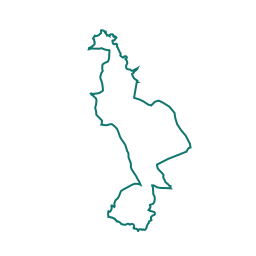 outline of Cap Estate, Gros Islet, Saint Lucia, rotated 248°
{"feature_id": "8701671B23372433445877", "entity_name": "Cap Estate", "entity_type": "district", "adm_level": 2, "iso_a3": "LCA", "parent_name": "Saint Lucia", "parent_adm1": "Gros Islet", "projection": "albers", "projection_center": [-60.931, 14.095], "detail": "fine", "context": "isolated", "style": "outline", "palette": "teal", "viewbox_px": 256, "rotation_deg": 248, "n_neighbors": 0, "source": "geoboundaries", "source_scale": "gbopen_adm2", "svg_char_len": 5759}
<svg xmlns="http://www.w3.org/2000/svg" viewBox="0 0 256 256"><g transform="rotate(248 128 128)"><path d="M86.5,178.7L90.3,179.5L99.4,178.6L105.8,176.5L112.9,175.0L119.9,175.6L124.6,176.8L132.2,174.4L138.1,170.1L141.6,167.1L142.2,165.0L142.2,164.6L142.2,165.4L142.1,163.4L142.0,162.0L141.6,161.3L140.4,158.4L140.6,158.4L140.5,157.8L141.1,156.8L142.0,155.6L147.2,152.0L148.0,151.2L149.0,150.4L149.6,149.9L153.7,145.0L156.3,146.5L165.3,152.1L166.9,153.1L167.3,153.4L167.1,154.0L167.6,153.6L168.4,154.4L170.2,153.1L170.7,152.9L171.6,152.3L172.3,152.1L173.1,152.0L173.9,152.0L174.5,151.8L176.6,152.0L176.8,152.2L176.9,153.4L177.0,153.8L178.0,154.8L178.4,156.6L178.9,157.8L179.5,158.9L179.8,159.2L179.7,158.8L179.8,157.9L179.4,154.3L179.5,153.2L179.6,152.9L180.2,152.5L180.6,152.2L181.2,152.0L181.4,151.8L182.4,150.1L182.9,149.5L183.5,149.0L184.0,148.9L185.0,149.1L186.0,149.3L186.9,150.0L188.1,151.4L188.5,151.6L189.1,151.9L189.6,152.0L191.3,152.0L191.8,152.0L192.5,151.4L192.8,151.5L193.1,152.1L193.4,153.0L193.8,153.3L194.3,153.4L195.0,153.2L195.6,152.3L195.8,151.3L195.6,151.1L195.3,151.0L195.0,150.6L195.3,149.6L195.7,149.3L197.5,148.2L197.9,148.1L198.3,148.1L199.4,148.9L200.3,149.1L200.8,148.7L202.3,148.7L202.7,148.8L204.9,148.5L206.9,148.6L207.3,148.3L207.6,148.2L208.4,148.5L208.8,148.9L209.3,149.1L209.9,149.1L210.2,148.9L210.7,148.5L210.7,148.2L210.7,146.9L211.3,146.0L211.6,145.9L213.1,145.9L214.5,146.1L214.9,146.4L214.9,146.5L214.7,146.9L214.4,148.4L214.5,148.5L214.8,148.6L215.1,149.3L215.8,149.8L215.8,150.6L216.0,151.0L217.0,150.9L217.4,150.6L218.5,149.5L218.4,149.3L217.9,149.1L218.0,148.8L218.5,148.7L219.6,149.1L220.3,149.0L220.5,148.9L220.7,148.6L221.3,147.1L221.2,146.7L220.9,146.1L221.1,145.7L220.9,145.3L220.2,145.2L221.1,144.5L221.6,144.1L221.7,143.9L221.6,143.3L221.6,143.2L222.8,143.2L223.3,142.9L224.1,143.0L225.2,143.4L225.4,143.4L225.3,143.2L225.0,142.7L225.2,142.3L226.2,142.4L226.9,142.2L227.9,141.2L228.7,139.8L228.6,139.6L228.0,139.5L227.6,139.2L226.1,138.5L226.0,138.3L225.7,137.0L225.1,136.0L225.0,134.1L225.0,133.8L225.2,133.2L225.3,132.3L225.4,132.1L226.0,131.9L225.5,131.0L224.9,130.3L224.5,129.8L224.1,129.1L223.5,129.2L222.9,129.6L222.5,129.7L221.8,129.3L220.9,129.4L220.5,129.4L220.0,129.0L219.1,128.9L218.3,128.4L217.8,127.6L217.3,126.1L216.7,123.0L216.9,122.0L216.7,121.8L215.7,121.1L215.3,124.5L214.4,126.0L213.2,128.8L213.0,129.5L212.6,130.1L212.6,130.5L212.3,131.0L212.2,131.8L211.9,133.0L211.8,133.6L211.1,134.1L210.1,135.2L208.7,136.9L208.1,138.0L207.4,138.9L207.2,139.4L207.1,139.8L206.7,139.9L204.4,138.7L200.9,137.1L199.0,136.0L198.4,135.6L197.4,134.6L197.1,134.0L197.1,131.1L196.8,130.1L196.8,129.4L196.6,128.7L196.4,128.4L196.1,127.9L193.0,126.5L191.8,126.1L190.6,126.0L190.2,125.8L188.7,123.6L186.0,121.6L185.8,121.5L184.2,121.0L181.8,121.0L178.6,120.7L175.3,119.8L172.8,119.1L172.3,118.9L171.9,118.5L171.3,115.4L171.3,113.8L171.4,113.3L171.6,112.2L172.0,111.0L172.4,109.2L172.8,107.8L173.8,107.0L173.8,106.4L173.3,106.5L172.6,106.7L170.6,108.0L169.9,108.3L169.4,108.4L167.6,109.3L166.6,109.4L165.4,109.1L162.1,107.4L161.7,107.2L159.5,105.4L158.4,105.0L157.1,104.9L155.1,104.6L152.2,103.6L147.6,105.4L145.3,106.5L144.3,106.5L143.7,106.2L142.0,105.4L141.2,104.9L141.1,104.7L140.7,105.3L138.7,108.8L138.1,113.1L137.8,113.8L137.5,114.5L136.5,115.2L133.8,116.6L133.0,116.8L131.9,117.3L131.1,117.5L128.7,117.6L124.4,117.4L123.6,117.3L121.7,117.4L119.9,117.7L116.2,118.6L115.6,118.7L113.5,119.1L109.6,118.9L107.8,118.6L106.8,118.6L105.2,118.9L104.3,118.8L103.4,118.6L101.0,117.6L100.2,117.5L97.2,117.5L95.7,117.4L94.9,117.5L94.3,117.4L90.3,115.9L87.9,116.0L84.5,116.6L82.5,117.1L79.5,117.6L77.5,117.7L74.1,118.3L70.7,118.3L71.5,117.6L72.5,116.2L73.5,114.1L73.7,113.3L73.9,111.1L73.6,108.4L73.3,106.1L72.8,101.2L72.2,98.1L71.9,97.6L68.7,94.6L67.8,93.7L66.6,92.1L66.1,90.7L65.9,89.8L65.6,89.3L64.8,88.5L63.5,87.3L62.8,87.0L60.8,86.4L60.1,86.0L59.9,85.7L61.5,84.7L62.1,84.2L62.3,83.9L62.1,83.5L61.7,83.3L60.4,83.1L59.6,82.8L58.8,82.2L58.5,81.7L57.6,80.8L57.3,80.3L57.1,79.8L57.3,79.5L58.1,78.7L57.2,78.0L55.5,77.3L52.9,76.5L52.5,77.4L51.7,78.2L51.7,78.6L51.4,79.0L51.1,79.2L50.9,79.8L50.1,80.4L49.9,80.9L48.9,81.2L48.7,81.6L48.2,82.0L47.3,82.0L47.0,82.3L46.8,82.2L46.0,82.6L45.4,82.7L45.2,83.0L45.4,83.4L45.3,83.5L45.1,83.6L44.9,84.0L43.6,85.0L43.1,85.3L42.7,85.5L42.1,85.6L41.7,85.7L41.3,86.2L41.0,86.3L40.7,86.7L39.7,88.4L39.2,89.6L39.4,91.3L39.2,92.1L38.5,93.2L38.3,93.3L38.1,93.1L37.8,93.3L37.7,93.8L37.7,95.3L37.4,96.1L37.1,96.4L36.6,96.8L36.0,97.0L35.0,97.0L33.6,96.4L33.5,96.2L33.3,95.7L33.1,95.6L32.9,95.6L32.7,95.7L32.5,96.1L32.2,96.4L31.5,97.9L31.1,98.1L30.8,98.6L30.2,98.8L29.2,98.6L28.7,98.8L28.7,99.0L29.5,99.7L29.7,100.1L29.7,100.7L29.5,101.2L29.6,101.4L29.1,102.3L28.9,102.6L28.3,102.9L28.2,103.1L28.3,103.7L28.2,104.1L27.8,104.7L27.4,105.0L27.3,105.8L27.4,106.2L28.0,107.1L29.0,108.1L29.3,108.2L29.7,108.5L31.1,109.9L31.6,110.5L32.2,111.7L33.0,112.0L33.4,112.3L33.8,115.2L36.6,115.7L37.0,116.1L36.8,116.0L37.4,117.3L37.6,118.2L37.6,119.8L37.7,120.2L37.9,120.5L39.5,121.1L40.2,120.8L41.7,119.1L42.8,117.4L44.2,116.3L44.8,117.8L45.1,117.7L45.2,117.9L46.0,119.0L46.6,119.3L48.1,119.3L48.5,119.5L48.3,121.8L48.3,122.4L48.6,123.2L48.9,123.9L49.7,124.7L51.0,125.6L52.4,126.3L54.3,126.9L55.0,127.0L56.6,126.7L57.5,126.7L58.6,127.2L63.2,128.7L65.7,128.9L65.3,130.2L62.2,132.7L61.7,133.3L61.0,134.4L60.4,135.4L57.1,142.9L56.0,145.0L56.5,144.9L57.7,145.4L58.1,145.7L59.2,144.5L60.9,144.1L61.6,143.5L62.6,143.2L63.7,142.5L64.3,142.4L66.4,142.5L66.9,142.3L68.9,142.2L70.0,142.5L70.7,143.1L71.0,143.2L71.4,143.2L71.8,143.2L74.2,142.4L77.8,140.9L78.9,140.6L79.7,140.5L80.3,140.5L82.8,141.0L83.2,141.2L84.3,153.3L84.2,173.4L84.5,173.4L86.6,176.6L86.5,178.7Z" fill="none" stroke="#0f766e" stroke-width="2"/></g></svg>